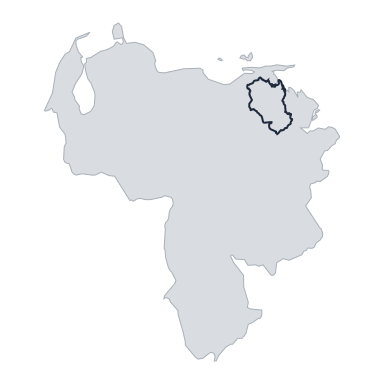 where Monagas sits in Venezuela
{"feature_id": "VEN-46", "entity_name": "Monagas", "entity_type": "State", "adm_level": 1, "iso_a3": "VEN", "parent_name": "Venezuela", "parent_adm1": "", "projection": "equal_earth", "projection_center": [-62.996, 9.35], "detail": "fine", "context": "in_parent", "style": "outline", "palette": "slate", "viewbox_px": 384, "rotation_deg": 0, "n_neighbors": 0, "source": "natural_earth", "source_scale": "10m", "svg_char_len": 8304}
<svg xmlns="http://www.w3.org/2000/svg" viewBox="0 0 384 384"><path d="M335.4,129.3L339.5,136.4L339.1,138.1L336.6,139.8L335.1,143.8L331.9,145.6L327.5,150.5L324.6,150.9L320.2,159.1L322.6,165.4L322.1,168.6L323.2,170.2L328.4,170.4L328.9,172.1L328.2,174.7L327.3,176.4L320.2,181.6L316.8,181.1L315.4,182.7L310.9,183.8L309.6,186.9L310.8,191.1L311.3,197.9L305.6,206.0L319.8,227.8L321.3,228.9L322.8,233.9L322.3,236.9L319.8,240.4L316.2,242.9L314.1,247.4L311.9,248.3L308.0,248.0L306.1,250.4L303.7,251.3L302.0,254.7L288.9,260.3L283.3,258.6L276.7,262.7L275.5,272.8L273.5,275.2L271.1,275.2L263.0,264.8L258.8,266.3L256.1,264.9L248.0,265.3L244.3,259.5L235.9,259.1L232.7,255.1L231.2,255.1L230.6,256.3L233.8,262.8L243.6,275.4L243.7,286.7L248.3,302.4L247.4,307.4L250.1,308.9L261.8,310.1L261.7,315.6L260.2,318.2L257.9,318.7L251.9,322.9L248.3,324.2L245.9,333.5L244.0,336.1L241.8,338.3L237.8,338.4L232.4,344.3L230.5,344.2L225.9,347.1L218.6,355.6L216.2,360.9L214.3,361.0L215.1,356.4L214.1,353.9L212.4,352.6L210.8,352.4L208.7,353.6L203.3,358.1L198.0,359.1L195.2,357.0L185.4,345.2L185.2,341.2L183.0,331.7L178.0,314.1L178.1,310.7L170.3,301.8L169.2,298.8L165.9,297.6L163.9,298.8L164.4,295.9L175.0,283.2L175.9,280.4L171.8,272.3L169.6,270.0L168.3,267.2L165.6,257.3L165.0,249.8L164.1,248.2L165.3,229.8L164.8,225.7L165.6,222.6L167.7,220.5L168.8,217.2L169.1,212.8L170.3,209.2L172.5,206.3L173.3,203.5L172.4,198.9L170.5,197.1L164.2,195.7L162.4,197.1L150.8,199.6L145.0,199.6L140.6,198.4L137.2,198.8L133.3,201.3L131.4,199.9L129.9,200.6L114.6,176.2L109.0,175.6L101.4,172.2L95.3,175.0L92.8,175.2L82.1,173.8L76.1,175.1L73.6,173.9L72.0,172.0L69.3,163.9L65.2,162.6L63.6,159.4L64.3,146.4L66.2,142.8L65.5,137.0L65.0,134.2L59.6,127.0L56.9,112.8L53.4,112.1L52.3,109.0L51.2,108.4L48.3,110.4L45.2,111.1L44.5,110.4L52.5,92.9L55.7,72.3L59.8,62.3L65.2,54.1L69.5,51.7L75.9,38.0L89.9,32.3L86.1,36.4L77.9,39.1L75.9,40.8L76.1,45.3L78.5,51.9L82.6,57.1L80.7,57.6L81.5,62.3L83.5,65.5L83.5,67.5L81.9,73.7L75.5,83.6L72.0,92.1L74.6,97.2L74.9,99.8L79.5,106.2L79.1,108.7L81.1,113.9L84.3,114.6L90.8,111.3L94.2,105.8L95.1,95.3L94.4,91.6L90.6,82.5L87.9,79.0L85.7,71.1L84.6,63.9L86.5,62.3L86.3,58.5L90.8,57.5L100.5,51.4L106.5,49.8L113.3,46.5L116.3,42.3L117.3,41.9L120.9,44.5L122.6,43.6L123.3,41.6L122.4,37.8L114.2,39.2L112.3,31.6L114.2,25.4L118.5,23.0L121.6,26.6L123.6,37.7L126.4,43.4L135.1,42.3L143.8,44.8L153.1,52.7L155.8,61.0L154.6,63.0L155.2,66.5L156.6,70.1L158.6,72.3L164.4,72.9L183.6,68.8L199.8,68.2L202.8,69.9L203.2,72.9L208.3,79.2L224.0,84.7L230.1,83.9L244.5,73.3L252.2,73.6L254.5,72.0L251.6,70.4L245.2,69.8L243.2,70.8L242.1,68.1L251.4,67.3L259.6,67.9L266.2,66.0L271.5,66.0L276.8,64.8L286.8,66.2L294.7,65.0L293.8,66.8L287.0,68.2L283.9,70.7L277.0,70.2L272.3,71.2L273.8,71.9L273.8,74.5L275.1,75.0L277.2,78.2L277.7,80.9L276.0,85.1L278.0,84.7L279.1,83.3L279.1,80.4L280.2,80.9L285.2,93.1L287.3,90.2L288.8,91.9L288.8,87.3L290.5,87.5L294.1,90.5L297.9,97.5L297.2,92.2L300.3,92.1L301.1,89.8L307.2,97.5L313.6,99.7L318.5,105.5L317.4,108.3L314.6,109.7L313.4,111.5L311.3,120.6L308.6,127.8L300.5,127.9L307.4,133.4L309.8,131.1L313.2,130.9L318.3,128.0L325.3,129.3L328.4,126.9L332.1,127.3L335.4,129.3ZM251.9,53.6L252.6,57.4L250.4,60.7L247.4,60.8L245.1,58.7L243.9,59.2L239.9,58.0L241.1,55.9L244.0,54.9L246.2,57.3L248.0,57.4L248.5,55.5L251.0,52.6L251.9,53.6ZM317.0,117.5L312.7,120.5L312.5,117.6L315.8,114.0L317.2,116.2L317.0,117.5ZM222.3,60.2L221.1,60.8L217.9,59.3L218.6,58.2L220.3,58.2L222.3,60.2ZM317.8,112.0L315.2,113.0L316.0,110.8L318.7,109.6L319.7,110.1L317.8,112.0Z" fill="#d9dde1" stroke="#a8b0b8" stroke-width="1"/><path d="M270.1,83.9L270.2,84.0L270.5,84.4L270.8,84.7L271.0,84.3L271.2,84.1L271.4,84.1L271.5,84.4L271.6,85.9L271.8,86.5L272.1,86.5L271.8,86.1L271.9,85.7L272.0,85.4L271.9,85.0L271.9,84.8L271.9,84.5L272.1,84.3L272.3,84.5L272.2,84.9L272.3,85.2L272.6,85.4L272.9,85.3L273.2,85.1L273.6,85.1L273.8,85.3L274.1,85.6L274.3,85.8L274.8,85.9L274.5,86.6L274.7,86.8L275.0,86.7L275.2,86.2L275.0,85.2L275.0,84.7L275.5,84.5L276.0,85.1L276.3,85.3L276.5,85.3L277.7,84.9L278.2,84.6L278.7,84.0L278.9,83.5L278.9,82.8L278.6,81.6L278.5,81.0L278.6,80.2L279.0,80.0L279.5,80.2L280.0,80.5L280.9,81.3L281.4,82.3L281.9,84.7L282.1,85.2L282.3,85.6L282.5,86.1L282.5,86.7L282.8,87.3L282.9,87.7L282.8,88.1L282.5,88.7L282.9,88.7L283.2,89.0L283.5,89.3L283.9,90.1L285.1,93.0L285.2,93.5L285.2,94.0L285.1,94.4L285.0,94.9L285.1,95.0L285.1,95.5L284.8,95.9L284.4,96.3L284.2,96.8L284.0,97.7L283.9,98.0L283.0,99.2L282.6,100.2L282.4,100.6L282.5,101.1L282.8,101.5L283.2,101.7L283.5,101.9L283.6,102.6L283.6,103.2L283.7,103.8L284.0,104.3L285.0,105.2L285.2,105.6L285.2,105.9L285.2,106.6L285.2,108.0L285.3,108.3L285.3,108.8L285.4,109.0L285.5,109.2L285.5,109.4L285.5,109.9L285.5,110.3L285.5,110.5L285.4,110.7L285.3,111.1L285.2,111.5L285.2,111.9L285.2,112.0L285.4,112.1L286.3,112.1L286.4,112.3L286.5,112.4L286.6,112.7L286.6,112.8L286.8,113.0L287.1,113.2L287.2,113.3L287.4,113.8L287.5,113.9L287.7,114.0L287.8,114.0L287.9,113.9L288.2,113.7L288.6,113.3L288.9,113.2L289.0,113.2L289.0,113.3L289.2,114.1L289.3,114.3L289.5,114.4L289.9,114.1L290.1,114.0L290.2,113.9L290.6,114.1L291.0,114.2L291.0,114.4L291.0,114.7L290.8,115.3L290.4,116.4L290.3,117.0L290.3,117.7L290.6,118.3L290.8,118.6L291.0,118.8L291.7,119.0L292.0,119.1L292.0,119.4L292.0,119.6L292.1,119.8L292.0,120.0L291.9,120.3L290.9,121.7L290.8,121.9L290.7,122.2L290.7,123.4L290.5,123.8L290.3,124.1L289.5,124.6L288.9,124.8L288.2,125.4L288.1,125.5L287.6,126.3L287.2,127.3L287.0,127.8L286.6,128.0L285.4,128.0L285.1,128.1L284.9,128.3L284.7,128.5L284.6,128.8L284.4,129.1L284.2,129.4L283.9,129.6L282.7,130.3L282.4,130.4L282.1,130.4L281.3,130.1L280.9,130.2L280.7,130.3L280.6,130.7L280.4,130.8L280.1,131.0L279.9,131.2L279.2,132.2L279.1,132.3L277.4,134.0L277.2,134.1L277.0,133.7L276.8,133.4L276.0,132.9L275.9,132.7L275.8,132.3L275.8,132.2L275.9,131.9L276.0,131.8L276.0,131.6L270.6,129.2L270.3,128.9L269.9,128.5L269.5,127.9L269.3,127.4L269.2,126.8L269.1,124.7L269.7,123.7L269.7,123.4L269.8,123.2L270.0,122.9L270.3,122.9L270.7,123.1L270.8,123.2L271.0,123.2L271.3,123.0L271.3,122.9L271.5,122.7L271.5,122.1L270.9,122.1L264.5,122.7L264.1,122.6L263.8,122.6L263.7,122.5L263.6,122.3L263.5,122.2L263.3,122.0L263.1,121.9L263.0,121.7L262.3,118.4L261.6,116.3L261.3,115.8L261.2,115.7L260.9,115.6L260.6,115.4L260.0,115.1L259.7,114.8L259.6,114.5L259.4,114.2L258.3,113.1L257.8,112.8L257.6,112.7L257.4,112.6L257.0,111.8L256.8,111.5L256.7,111.3L256.6,111.1L256.3,111.0L256.2,111.0L255.9,110.9L255.5,110.7L253.8,109.2L253.6,109.1L253.4,109.1L253.0,109.4L252.9,109.5L252.6,109.5L252.4,109.3L252.2,109.3L251.9,109.4L251.8,109.5L251.1,110.0L250.9,110.1L250.7,110.1L250.6,109.9L250.4,108.7L250.3,108.3L249.5,107.2L249.3,106.8L249.2,106.5L249.3,105.1L249.3,104.0L249.3,103.8L251.7,100.4L251.8,100.3L251.8,100.2L251.9,99.9L249.8,95.5L249.6,94.9L249.7,94.7L249.6,94.3L249.6,94.1L249.4,93.9L249.4,93.7L249.4,93.3L249.4,93.2L249.5,93.1L249.7,92.6L249.8,92.4L249.8,92.2L249.8,91.6L249.8,91.4L250.0,91.2L250.3,91.0L250.3,90.7L250.2,90.4L249.8,89.8L249.7,89.7L249.1,89.4L248.8,89.2L248.8,88.9L248.9,88.7L248.7,88.5L248.0,88.6L247.9,88.6L247.7,88.5L247.4,88.1L247.3,87.9L247.3,87.6L247.3,85.4L247.4,85.2L247.5,85.1L247.7,84.9L247.8,84.9L248.3,84.8L248.5,84.8L248.9,84.9L249.0,84.9L249.6,84.5L249.7,84.3L250.0,84.2L252.4,83.3L252.9,83.0L253.7,81.5L254.0,81.2L254.3,80.8L254.5,80.7L255.1,80.6L256.1,80.4L256.8,80.4L257.4,80.3L257.9,80.1L258.3,80.0L258.5,79.9L258.5,79.7L258.5,79.2L258.6,78.8L258.7,78.6L258.8,78.5L259.0,78.3L259.5,77.8L260.0,77.6L260.3,77.5L260.5,77.6L260.7,78.0L260.8,78.1L261.0,78.3L261.5,78.4L261.6,78.5L261.6,78.8L261.6,79.1L261.8,79.3L262.0,79.5L262.3,79.6L262.9,79.7L263.1,79.7L263.2,79.9L263.2,80.2L263.3,80.3L264.5,80.5L264.8,80.9L264.9,81.0L265.1,81.0L265.4,81.0L265.6,81.0L265.8,81.4L266.0,81.7L266.2,81.8L266.3,81.8L266.5,81.7L266.8,81.3L267.1,81.0L267.9,80.3L267.8,80.7L267.9,80.8L267.9,81.0L268.0,81.1L268.1,81.3L268.3,81.4L268.6,81.2L268.9,81.1L269.0,81.2L269.1,81.4L269.2,81.9L269.2,82.1L269.3,82.6L269.4,83.2L269.5,83.4L269.6,83.5L270.0,83.8L270.1,83.9ZM284.9,89.1L285.1,89.4L285.3,90.1L285.2,90.8L285.0,91.3L284.8,91.2L284.5,90.5L284.5,89.7L284.5,89.3L284.7,88.9L284.8,89.0L284.9,89.1ZM283.4,86.5L283.5,86.6L283.6,86.9L283.5,87.4L283.2,87.5L283.0,87.2L282.8,86.7L282.7,85.8L282.6,85.4L282.8,85.3L283.1,85.7L283.4,86.5Z" fill="none" stroke="#1e293b" stroke-width="2"/></svg>